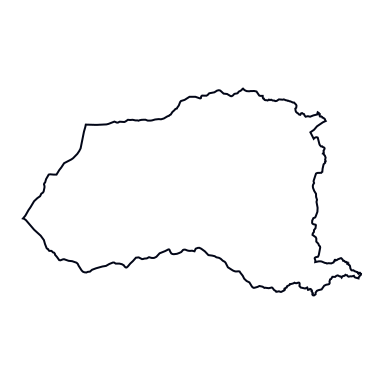 Murillo, Tolima, Colombia
{"feature_id": "7082276B68710011188416", "entity_name": "Murillo", "entity_type": "district", "adm_level": 2, "iso_a3": "COL", "parent_name": "Colombia", "parent_adm1": "Tolima", "projection": "albers", "projection_center": [-75.145, 4.827], "detail": "fine", "context": "isolated", "style": "outline", "palette": "ink", "viewbox_px": 384, "rotation_deg": 0, "n_neighbors": 0, "source": "geoboundaries", "source_scale": "gbopen_adm2", "svg_char_len": 5999}
<svg xmlns="http://www.w3.org/2000/svg" viewBox="0 0 384 384"><path d="M23.0,218.5L24.1,218.8L25.9,220.1L34.1,229.7L40.7,235.7L43.9,240.1L45.0,244.0L46.6,248.1L47.5,249.0L48.2,249.2L48.6,250.2L49.3,250.9L51.3,250.9L52.1,251.4L52.8,252.3L54.1,252.7L54.9,253.8L55.0,254.7L56.9,256.9L59.2,260.1L60.5,260.3L62.8,259.4L64.0,259.2L68.6,260.8L72.2,261.2L76.5,262.7L77.7,263.8L78.6,265.7L81.6,270.4L82.9,271.7L84.4,272.3L86.4,272.5L87.6,271.9L90.0,271.6L92.0,269.8L96.0,268.3L102.4,266.5L106.0,265.9L109.3,264.0L113.0,262.5L114.0,262.5L115.7,263.6L119.4,263.6L121.9,264.2L123.8,265.3L124.6,266.5L125.6,267.4L126.6,267.5L127.8,266.5L130.3,263.5L132.9,261.1L135.9,257.7L138.7,257.4L142.0,259.1L143.1,259.0L144.3,258.6L146.8,258.4L149.0,257.2L151.5,257.9L153.1,258.0L154.4,257.8L156.4,256.8L159.6,253.3L165.1,251.1L168.4,249.4L169.2,249.5L169.4,249.7L170.3,251.8L171.3,253.4L172.4,254.0L173.8,254.2L177.0,253.8L179.4,252.9L181.3,252.0L183.0,250.0L184.1,249.6L185.4,249.7L187.4,250.5L188.8,250.8L190.1,250.9L192.0,250.7L194.5,251.3L195.7,248.7L197.8,247.9L199.3,247.8L201.2,248.7L204.8,251.3L208.4,255.1L212.2,255.6L214.7,256.2L216.4,257.3L218.9,257.8L220.6,258.7L222.9,260.8L224.6,261.7L225.5,262.6L227.9,267.3L232.9,270.5L234.5,271.2L235.9,271.5L238.5,271.3L239.6,271.5L240.4,272.8L242.7,275.7L244.2,278.7L246.6,281.0L249.4,282.4L252.0,286.7L253.4,287.8L254.4,287.8L257.6,286.9L259.4,286.0L262.6,286.7L264.4,287.9L265.0,287.7L268.8,288.2L271.8,287.5L272.4,287.8L274.2,290.1L275.9,291.1L276.0,291.6L276.6,291.8L278.9,291.3L280.6,291.9L281.2,291.9L284.2,290.4L284.9,289.7L284.8,289.2L284.4,289.0L284.5,288.6L286.8,287.4L286.8,286.6L287.1,286.2L289.3,285.1L289.7,284.8L289.9,284.1L291.1,284.0L293.3,283.4L294.5,282.7L295.2,283.1L296.7,283.2L298.0,282.7L298.8,282.6L299.3,282.8L299.6,283.5L299.6,285.3L299.4,285.9L300.7,287.5L305.1,288.5L307.2,287.5L307.6,288.4L307.7,289.4L308.0,289.9L309.1,289.6L310.0,288.9L310.8,289.1L311.0,289.7L311.9,290.4L311.6,291.4L312.1,291.8L312.3,292.5L312.9,293.2L312.9,293.6L312.3,294.1L312.5,294.8L313.2,295.4L314.1,295.4L315.6,294.3L315.6,292.6L316.9,290.8L318.3,290.2L321.6,289.4L324.2,285.7L326.3,284.7L328.2,284.4L329.2,284.0L329.7,283.0L329.5,281.5L330.1,279.4L331.1,279.0L332.4,276.8L335.1,276.9L336.4,275.8L337.8,275.4L339.7,276.4L340.7,276.4L341.6,277.6L342.0,276.9L343.1,276.0L344.5,275.8L345.4,274.8L346.1,275.2L347.0,275.2L347.9,276.3L348.7,276.7L350.2,276.3L351.7,276.4L353.9,275.8L354.5,277.0L355.2,277.5L358.5,278.4L358.6,277.3L359.5,276.5L359.7,275.7L360.9,274.8L361.0,273.8L360.4,273.6L360.0,272.8L359.1,272.8L358.4,273.7L357.9,273.2L357.6,272.3L357.2,272.0L356.6,272.0L355.7,271.5L354.6,271.2L353.5,270.3L351.8,270.4L351.4,270.2L350.4,268.5L350.0,266.0L349.4,265.1L348.9,265.0L348.3,264.5L348.3,263.5L347.4,263.7L347.5,262.6L346.8,262.6L346.6,262.1L346.2,261.9L345.4,262.1L344.3,260.9L343.2,260.9L342.7,259.7L341.3,258.2L340.7,258.2L337.9,259.3L337.1,259.9L336.1,260.3L335.4,260.3L335.3,259.9L334.8,259.9L334.4,260.6L334.5,261.2L333.9,261.6L333.6,262.4L331.3,263.4L328.5,263.2L326.9,263.5L326.2,263.1L324.9,262.9L321.6,261.5L320.3,261.3L319.0,261.3L315.2,262.1L315.4,260.6L314.7,258.5L314.8,257.9L315.5,257.3L318.0,256.7L318.4,255.9L318.8,254.9L320.2,247.6L320.0,246.4L319.0,245.5L318.3,243.7L316.3,241.6L316.3,238.5L315.7,237.2L312.5,234.9L312.8,233.4L313.9,232.0L314.0,230.1L315.5,228.2L315.9,225.2L315.6,224.7L313.3,224.2L312.5,223.6L312.1,222.9L312.2,220.6L313.4,218.1L314.9,217.6L315.5,216.9L317.4,211.8L317.6,207.8L316.5,201.9L317.0,199.8L316.1,196.9L316.0,193.8L314.2,190.9L313.0,187.8L312.8,186.0L313.1,184.7L314.1,183.0L313.6,181.6L313.7,180.6L316.0,173.6L316.9,173.1L317.7,172.9L321.3,172.8L321.9,172.0L322.3,171.8L322.6,168.7L323.6,164.3L325.2,162.7L325.0,161.8L325.7,161.1L325.1,159.9L325.6,157.6L324.8,155.5L323.8,154.5L323.8,153.7L323.0,153.5L323.8,152.2L323.5,150.9L324.4,149.2L324.6,148.3L324.4,147.9L324.0,147.5L322.8,147.0L322.3,146.4L321.2,146.5L319.9,145.2L319.4,144.1L317.8,137.8L317.6,137.5L316.2,137.2L314.5,137.9L313.7,138.8L310.4,132.3L314.0,129.8L317.0,126.3L322.9,122.3L325.7,121.0L325.2,120.3L325.0,119.3L323.6,118.0L322.4,117.6L322.2,117.0L321.2,116.4L320.2,116.6L319.5,115.6L319.8,114.2L318.8,114.0L318.5,113.5L318.7,112.9L317.7,112.3L317.1,114.5L313.4,115.4L310.1,116.7L307.9,116.2L305.6,116.7L304.5,115.4L304.1,114.2L302.7,113.6L302.1,113.1L301.2,113.3L300.3,114.8L299.2,114.6L298.2,113.5L297.5,113.2L296.0,111.8L295.6,110.7L295.3,108.6L296.2,107.8L296.5,105.8L296.1,104.7L294.0,102.5L293.1,102.6L290.2,101.3L289.6,101.3L288.2,100.7L287.6,100.8L286.8,100.3L286.0,100.3L283.8,99.4L282.8,99.7L278.9,99.4L276.7,100.9L275.2,101.1L274.4,100.6L272.7,100.5L271.1,99.7L270.0,100.1L268.9,99.6L267.7,100.5L266.7,100.2L265.6,100.2L264.6,99.9L263.9,98.7L263.5,98.8L263.2,98.5L262.8,97.7L262.7,95.9L260.3,95.9L259.2,95.5L256.5,91.5L254.2,91.0L250.4,91.1L249.1,91.3L246.6,91.1L244.5,90.1L243.0,88.6L242.6,88.8L241.9,89.7L240.7,90.7L238.7,91.7L237.7,93.1L237.1,93.4L234.7,93.8L234.0,94.2L233.1,95.3L231.7,96.2L230.6,96.1L227.1,94.0L223.6,93.6L220.3,90.6L218.9,90.2L217.1,90.6L214.4,92.3L209.2,93.3L207.6,95.0L206.4,95.7L202.1,95.6L201.2,96.4L200.9,98.1L200.6,98.3L199.7,98.3L195.4,96.8L189.5,96.8L184.6,99.9L181.0,101.0L180.1,102.1L178.8,105.5L177.2,107.7L176.9,108.5L175.4,109.0L174.5,110.1L172.4,112.0L170.7,114.6L169.6,115.1L169.0,115.8L167.5,116.3L163.8,118.5L161.0,119.3L158.7,119.1L155.1,119.5L152.0,120.4L150.4,120.6L147.7,120.6L145.4,119.7L141.9,119.8L139.7,120.2L138.5,120.7L137.5,120.4L135.4,120.4L132.7,119.8L130.1,120.0L127.9,119.8L125.5,121.5L124.3,122.0L119.7,121.7L117.9,122.6L116.9,122.6L114.4,121.6L108.5,123.9L106.5,124.4L96.4,124.9L85.8,124.6L85.3,127.0L84.0,131.5L80.6,148.4L79.2,151.1L77.3,153.9L73.1,158.2L71.4,159.4L64.1,163.2L61.2,167.6L59.3,170.0L56.5,174.6L53.6,174.6L50.1,174.3L48.7,174.6L46.1,179.1L45.1,182.5L44.3,183.3L44.0,184.3L44.5,186.1L44.5,187.4L43.6,191.6L42.8,192.7L41.3,193.7L40.1,196.2L37.4,198.1L34.1,201.2L30.4,207.4L28.5,210.1L25.4,215.6L23.0,218.5Z" fill="none" stroke="#020617" stroke-width="2"/></svg>